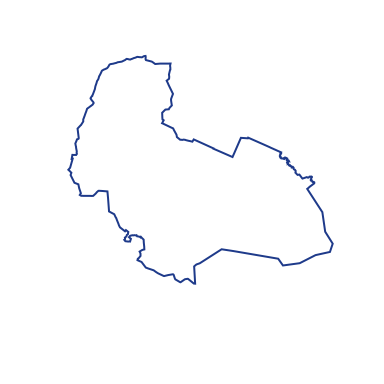 outline of Ērģemes pag., Valkas, Latvia, rotated 128°
{"feature_id": "27541924B65555347577628", "entity_name": "Ērģemes pag.", "entity_type": "district", "adm_level": 2, "iso_a3": "LVA", "parent_name": "Latvia", "parent_adm1": "Valkas", "projection": "orthographic", "projection_center": [25.763, 57.825], "detail": "fine", "context": "isolated", "style": "outline", "palette": "blue", "viewbox_px": 384, "rotation_deg": 128, "n_neighbors": 0, "source": "geoboundaries", "source_scale": "gbopen_adm2", "svg_char_len": 5820}
<svg xmlns="http://www.w3.org/2000/svg" viewBox="0 0 384 384"><g transform="rotate(128 192 192)"><path d="M236.4,309.1L240.0,307.2L239.3,306.5L247.9,303.0L250.6,303.1L250.7,301.8L251.1,298.9L253.4,298.1L254.1,296.6L257.1,290.3L255.9,286.3L258.5,283.2L261.4,278.8L263.4,278.6L263.3,277.4L263.1,276.8L256.5,268.2L255.9,267.5L255.4,267.4L253.0,267.0L252.3,266.9L250.8,266.9L248.8,266.5L248.4,266.2L246.2,263.0L243.6,259.0L248.6,254.3L258.4,245.4L257.4,239.6L259.1,236.2L259.1,235.8L260.2,234.1L262.4,230.3L263.2,229.1L264.2,227.0L264.2,220.6L262.7,220.6L262.7,217.6L264.8,216.5L266.0,216.9L267.4,216.3L269.3,216.8L270.2,215.8L270.8,215.7L271.4,215.9L271.8,214.2L270.6,212.2L269.7,211.0L269.0,210.6L269.0,210.4L268.6,210.5L267.9,210.8L266.5,211.3L266.4,213.8L264.7,213.8L264.2,213.5L263.1,212.6L262.8,212.4L262.5,211.7L262.1,211.4L261.4,210.7L260.8,209.5L260.2,209.1L260.7,208.0L260.1,207.0L259.4,205.4L259.5,204.7L258.8,204.7L259.1,202.9L259.2,201.7L259.3,200.8L261.6,198.8L264.5,196.0L266.6,194.2L267.7,195.1L268.5,195.6L271.2,196.6L271.6,195.8L272.2,194.7L274.1,193.2L277.5,193.3L277.6,193.5L278.0,193.6L279.3,193.0L278.9,191.4L278.3,189.1L278.2,188.7L280.0,181.9L279.3,179.6L277.3,174.0L277.2,170.9L277.0,168.9L276.8,167.9L275.6,162.6L275.5,162.4L275.4,162.2L272.1,159.6L268.8,156.6L268.6,156.4L268.5,156.2L268.5,155.7L268.6,155.4L270.8,152.1L271.0,151.6L271.1,151.3L270.4,146.0L270.3,145.6L270.0,145.4L265.2,143.9L264.8,143.6L263.2,142.1L263.0,141.9L262.9,141.6L262.9,140.9L263.0,134.4L263.0,134.1L262.9,134.0L262.7,133.7L262.3,133.1L249.3,144.5L246.7,144.0L246.2,143.8L243.4,142.0L218.9,133.4L213.1,123.1L191.5,83.0L193.9,75.1L181.8,63.3L165.7,55.8L154.3,46.4L146.1,49.3L144.0,55.1L141.3,62.6L127.6,76.9L127.6,77.0L118.6,103.1L115.9,102.5L115.6,102.6L115.3,102.5L115.1,102.4L110.0,101.0L109.9,101.0L109.3,101.4L109.3,101.6L109.1,101.7L109.1,101.9L109.1,102.1L109.1,102.3L109.2,102.5L109.3,102.7L109.5,102.8L109.8,102.9L109.8,103.1L109.7,103.3L109.8,103.5L109.2,104.6L109.6,104.9L109.8,105.4L109.7,105.6L109.3,105.9L108.7,106.2L108.3,106.1L108.0,106.3L107.5,106.7L107.0,106.8L106.6,106.6L106.4,106.7L106.2,106.9L106.3,107.4L106.7,107.9L107.1,108.0L107.2,108.3L107.3,108.6L107.6,108.9L108.0,108.9L108.8,109.0L109.3,109.4L109.6,110.7L113.1,113.0L113.4,113.2L113.4,113.5L112.2,117.9L112.2,118.2L113.1,118.9L113.5,119.3L113.4,120.5L113.1,121.9L113.1,122.4L112.8,122.6L112.6,122.6L112.1,122.9L111.4,123.5L111.4,123.9L111.2,124.2L111.1,124.6L111.3,125.3L111.4,125.7L110.9,126.6L110.3,126.9L110.2,127.4L110.1,128.0L110.4,128.3L111.0,128.2L111.2,128.4L110.9,128.6L110.5,129.2L110.5,129.6L111.0,130.1L110.6,131.2L110.8,131.3L111.0,131.4L111.2,131.2L111.3,131.3L111.3,131.7L111.0,132.1L111.1,132.3L110.9,132.6L110.9,132.9L110.6,133.5L110.9,133.7L110.2,134.0L110.1,134.3L110.5,134.8L110.5,135.0L110.4,135.2L110.2,135.2L109.9,135.0L109.7,134.7L108.4,134.9L108.1,134.4L107.7,135.2L107.7,135.6L107.8,135.9L108.0,136.0L108.8,135.9L108.8,136.2L108.7,136.8L108.3,137.1L108.0,137.2L107.4,137.2L107.0,137.5L107.2,138.2L107.6,138.4L107.6,138.6L107.8,139.0L107.2,139.0L107.3,139.5L107.6,139.7L107.7,140.0L108.2,140.0L108.4,140.2L108.7,139.9L108.8,139.5L109.2,139.6L109.3,140.0L109.4,140.3L109.3,140.7L109.4,140.8L109.7,140.8L109.8,141.1L109.8,141.3L110.0,141.7L110.5,142.2L110.3,142.6L110.2,143.0L110.0,143.3L110.5,143.5L110.4,143.8L110.2,144.1L109.7,144.8L109.6,145.0L108.5,145.2L108.4,145.5L107.5,145.7L107.4,145.6L107.3,145.4L107.1,145.4L106.6,145.5L106.3,145.9L106.7,146.2L106.7,146.3L106.3,146.3L105.9,146.3L107.2,151.4L107.3,151.9L107.3,152.0L107.7,153.4L107.8,153.7L107.8,153.9L108.6,157.1L108.8,158.1L110.0,163.0L110.1,163.3L110.2,163.8L113.1,175.3L114.6,181.2L115.3,181.0L119.2,186.8L135.1,182.7L139.5,181.6L142.4,192.9L143.2,196.0L144.7,201.8L144.4,201.9L144.6,202.7L147.1,213.1L149.5,223.0L152.1,222.7L153.1,224.9L153.8,226.3L154.9,228.8L155.1,229.5L155.9,230.9L156.9,231.7L157.8,233.2L158.1,233.5L158.0,237.7L156.4,239.5L154.4,244.2L153.5,246.0L154.0,248.1L156.1,257.6L156.2,257.9L152.9,258.5L152.9,259.3L153.0,259.9L151.5,261.3L147.9,264.3L144.0,263.8L143.4,263.7L141.1,261.2L139.6,261.5L136.2,261.2L133.2,264.4L132.0,265.5L131.2,265.9L126.4,267.4L125.8,268.6L122.1,276.2L120.9,278.4L119.9,280.5L116.9,279.8L115.3,280.8L113.6,282.5L111.0,283.7L109.2,284.5L108.9,284.4L107.4,285.6L106.1,286.9L105.5,287.3L104.0,288.0L108.4,293.5L110.2,295.9L113.8,299.8L113.9,302.9L114.0,304.0L116.4,309.5L116.2,309.9L115.8,310.5L114.4,311.4L114.1,311.6L113.4,312.4L114.1,313.1L114.4,313.4L114.8,313.6L115.2,313.8L115.9,314.0L116.6,314.3L116.8,314.5L117.3,315.3L117.7,315.8L119.0,318.0L119.3,318.4L120.6,319.1L121.4,319.6L122.3,320.3L124.0,321.2L124.6,321.7L125.4,322.0L125.5,322.1L125.9,322.6L126.3,323.3L126.4,323.6L126.7,324.3L127.1,325.1L127.3,325.4L128.0,325.7L129.0,325.9L132.5,327.6L135.6,330.5L136.8,331.1L138.7,332.6L139.3,333.0L140.7,334.3L141.0,334.5L141.3,334.9L142.3,335.4L142.9,335.4L144.6,335.1L146.4,335.1L147.4,335.4L147.9,335.8L149.0,336.3L149.7,336.8L151.7,337.6L152.1,337.6L154.1,337.1L156.5,336.6L158.0,336.4L159.0,336.0L160.4,335.4L161.6,335.2L163.1,335.1L164.3,334.6L164.7,334.4L168.2,333.2L170.7,331.9L171.3,331.7L176.4,330.1L177.2,330.0L177.6,329.7L177.9,329.7L178.2,329.9L179.6,329.8L180.5,329.7L180.8,329.5L180.9,329.2L180.9,328.8L181.2,328.4L181.4,327.5L182.0,324.9L182.4,324.3L182.8,324.2L183.5,324.2L183.9,324.1L184.4,324.1L190.5,325.8L191.1,325.9L193.2,325.1L195.8,324.3L198.7,323.3L198.9,323.3L199.6,323.0L201.4,322.5L201.9,322.3L203.4,321.1L203.5,321.1L207.6,320.7L207.7,320.8L212.5,321.2L216.8,316.9L219.3,314.4L219.9,314.2L220.6,314.5L221.1,315.0L221.4,315.0L223.3,314.4L225.6,313.8L226.2,313.1L227.2,312.0L227.5,311.5L228.1,310.9L228.4,310.7L229.9,309.0L230.8,307.9L232.1,307.1L232.2,306.9L232.5,306.7L232.7,306.3L232.8,306.2L234.1,306.1L236.4,309.1Z" fill="none" stroke="#1e3a8a" stroke-width="2"/></g></svg>